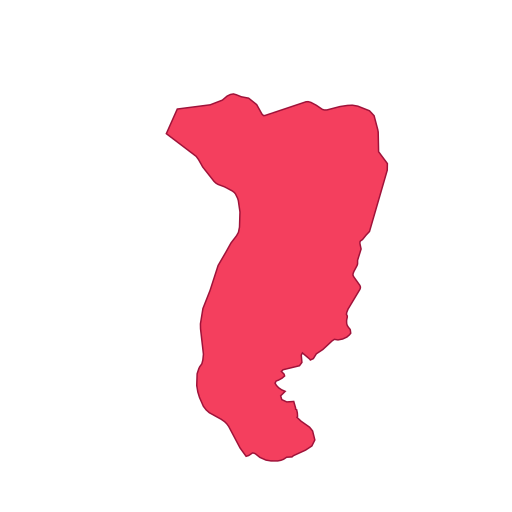 the Department of Boaco, rotated 118°
{"feature_id": "NIC-668", "entity_name": "Boaco", "entity_type": "Department", "adm_level": 1, "iso_a3": "NIC", "parent_name": "Nicaragua", "parent_adm1": "", "projection": "mercator", "projection_center": [-85.423, 12.417], "detail": "fine", "context": "isolated", "style": "filled", "palette": "rose", "viewbox_px": 512, "rotation_deg": 118, "n_neighbors": 0, "source": "natural_earth", "source_scale": "10m", "svg_char_len": 2172}
<svg xmlns="http://www.w3.org/2000/svg" viewBox="0 0 512 512"><g transform="rotate(118 256 256)"><path d="M279.7,136.1L281.8,136.5L284.9,137.7L288.6,140.5L291.6,144.2L292.8,147.7L295.3,149.0L307.2,153.1L314.0,156.8L319.7,157.2L322.3,159.2L321.8,160.2L319.8,169.5L322.3,169.5L328.4,165.5L332.5,166.1L343.7,178.7L346.0,179.4L347.1,175.8L348.5,174.4L351.8,175.7L355.1,177.9L356.9,179.5L359.3,179.5L360.7,177.2L361.7,174.2L362.1,170.7L361.8,166.7L367.9,168.6L370.7,165.8L370.4,160.3L366.7,154.4L371.5,149.8L372.7,149.1L372.6,148.0L375.2,145.8L378.1,144.0L379.2,144.1L380.7,138.7L382.0,128.3L383.9,123.9L390.8,117.7L397.5,117.5L404.1,121.1L414.7,129.2L416.5,129.9L419.3,134.5L422.5,136.2L424.7,138.1L426.8,140.7L429.9,146.6L431.5,151.3L432.0,158.0L430.9,163.8L431.1,165.4L431.5,166.6L435.6,168.8L437.5,170.7L433.0,179.9L419.3,200.1L417.9,203.0L417.0,206.0L416.5,210.1L416.3,223.6L415.3,227.7L413.4,231.9L407.4,239.5L403.4,243.5L398.2,247.5L387.6,252.7L382.4,253.6L380.3,253.7L376.6,253.2L372.8,254.1L367.4,256.3L346.3,270.8L342.0,273.2L327.3,278.2L307.9,280.4L282.1,285.0L266.7,284.4L256.2,284.2L247.3,282.7L243.4,282.6L238.3,284.1L224.7,290.8L215.4,297.6L213.7,299.3L210.8,303.3L210.1,305.0L209.7,307.4L209.7,316.4L210.6,323.0L210.5,325.5L209.8,328.1L202.5,344.7L202.1,345.3L201.7,346.0L201.2,346.7L197.8,352.1L196.1,355.6L190.1,392.6L163.2,394.5L144.0,367.4L134.2,358.9L128.4,356.6L125.4,354.4L123.5,352.0L122.9,349.2L122.3,343.7L120.1,336.6L122.0,326.5L127.9,317.4L128.5,315.2L127.7,314.0L96.3,284.2L95.2,282.3L94.6,279.6L94.6,273.5L95.4,266.2L94.9,264.0L93.7,261.9L84.6,252.0L80.1,245.9L77.6,241.7L75.9,236.5L74.5,224.0L76.7,217.6L87.3,207.8L89.2,206.3L106.4,196.7L112.7,183.4L118.6,180.4L181.1,167.3L185.8,168.6L191.5,169.7L193.6,170.8L194.6,170.9L196.1,170.2L200.5,166.5L204.7,165.7L212.1,164.3L215.3,162.6L217.0,162.3L223.9,162.3L226.0,162.0L227.4,161.4L228.5,159.9L233.2,150.5L233.8,149.8L234.4,149.2L235.4,148.8L236.6,148.6L259.6,149.8L263.2,149.4L265.2,148.7L265.6,147.9L266.2,147.2L267.2,146.7L270.0,145.9L271.6,145.1L273.2,144.1L273.9,143.5L275.0,142.0L275.8,140.4L276.4,138.9L276.9,138.1L279.7,136.1Z" fill="#f43f5e" stroke="#9f1239" stroke-width="1.5"/></g></svg>